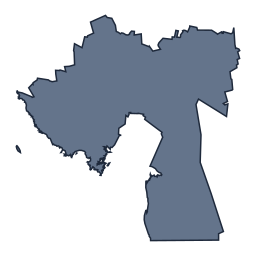 Guaymas, Sonora, Mexico (Natural Earth projection)
{"feature_id": "50627088B1209754794586", "entity_name": "Guaymas", "entity_type": "district", "adm_level": 2, "iso_a3": "MEX", "parent_name": "Mexico", "parent_adm1": "Sonora", "projection": "natural_earth1", "projection_center": [-110.918, 28.074], "detail": "fine", "context": "isolated", "style": "filled", "palette": "slate", "viewbox_px": 256, "rotation_deg": 0, "n_neighbors": 0, "source": "geoboundaries", "source_scale": "gbopen_adm2", "svg_char_len": 5785}
<svg xmlns="http://www.w3.org/2000/svg" viewBox="0 0 256 256"><path d="M226.5,116.5L227.9,103.9L224.8,104.9L223.3,103.5L227.5,101.5L224.8,92.0L232.1,90.1L232.7,89.5L231.8,79.4L230.9,78.8L230.0,71.7L236.9,67.7L236.5,65.0L238.1,64.0L237.2,59.5L239.6,58.5L237.7,51.9L239.7,50.6L238.9,49.1L236.5,48.1L235.7,48.4L234.9,44.5L233.8,27.6L232.7,32.8L231.0,33.8L223.5,31.7L223.2,33.3L222.1,33.3L222.1,32.0L221.7,31.8L217.4,34.2L217.0,33.6L211.6,30.2L197.5,30.1L196.8,27.5L189.8,26.0L189.7,27.2L187.6,31.9L185.7,30.6L183.9,30.2L182.6,30.7L183.0,31.7L180.6,34.8L180.5,37.0L180.0,37.5L176.8,37.1L178.3,30.9L175.9,30.4L174.5,37.1L172.2,36.9L172.0,39.3L163.0,38.3L159.0,42.7L158.1,44.7L158.2,45.8L160.5,49.3L152.8,51.1L149.3,46.2L149.1,46.7L141.8,43.9L141.2,33.9L134.2,35.0L134.4,31.4L131.5,31.1L129.5,33.5L129.5,34.3L128.0,35.0L125.9,34.8L123.4,33.3L121.6,32.9L120.3,33.8L118.5,32.4L116.3,31.5L115.4,25.3L111.8,18.3L107.2,17.5L105.5,15.4L90.5,22.1L93.6,33.1L87.6,35.8L87.4,37.1L84.7,36.8L82.0,47.7L74.5,43.7L73.6,50.6L74.1,51.9L74.6,64.8L69.3,66.3L64.6,66.6L65.8,71.7L60.0,70.0L59.6,70.5L55.6,70.3L55.8,74.1L56.8,80.9L52.2,81.7L49.7,80.9L48.4,79.9L37.5,78.2L37.1,80.0L33.1,82.7L33.0,84.4L32.5,83.9L28.7,87.8L34.0,96.8L32.3,97.4L32.2,97.0L22.2,92.9L17.8,92.0L17.4,91.0L16.9,91.2L17.2,91.6L16.9,92.6L17.8,93.7L18.5,93.5L19.1,94.5L19.0,95.4L19.5,95.7L19.2,96.6L18.5,96.9L18.9,97.3L18.4,97.9L19.1,98.1L18.8,98.7L19.3,99.0L20.3,98.4L21.9,98.6L22.8,100.0L23.5,99.9L24.3,100.6L24.9,101.6L24.6,102.2L25.6,102.6L26.4,105.1L26.0,108.0L26.6,110.9L28.2,111.6L28.4,112.6L29.3,112.9L29.7,113.4L29.1,113.7L29.2,114.5L30.1,114.6L30.6,115.3L31.4,115.4L31.4,116.4L32.1,115.7L31.9,116.3L32.7,116.5L32.5,117.9L33.4,118.7L33.4,119.8L34.2,119.9L33.7,121.6L34.5,121.9L34.2,123.1L34.9,124.1L34.7,124.8L36.1,124.7L36.2,125.2L35.4,125.8L36.0,126.1L35.4,126.6L37.2,127.2L37.4,127.9L38.9,128.9L38.5,129.9L39.2,129.6L39.2,130.0L39.6,130.1L39.8,130.9L39.1,131.6L39.1,132.0L39.9,132.3L40.4,131.9L40.4,131.1L41.2,131.2L42.0,132.1L41.3,132.8L42.3,133.3L43.1,132.9L46.3,134.4L47.2,135.7L47.2,136.5L48.8,138.3L49.8,138.3L50.3,138.7L52.7,144.6L53.6,144.1L54.1,144.9L56.6,145.6L56.9,146.2L58.6,145.9L59.4,146.6L59.3,147.4L59.8,148.0L60.7,147.1L62.0,147.9L62.6,149.6L62.2,150.8L63.0,149.8L65.1,150.8L66.0,153.6L65.7,154.1L64.3,154.1L64.8,154.6L64.2,155.7L65.7,155.9L66.3,154.8L66.9,155.1L66.7,155.6L67.6,155.2L68.8,155.8L69.8,155.0L70.4,155.6L70.7,154.9L71.4,157.5L71.7,157.5L71.6,156.6L72.1,156.5L72.5,154.7L73.2,154.5L73.6,154.9L73.2,154.1L73.3,153.1L74.6,152.8L75.0,151.6L79.2,150.3L81.6,150.4L84.4,151.3L85.5,152.4L85.1,153.8L86.3,155.7L86.6,157.4L87.9,158.1L89.9,157.5L89.7,158.0L90.1,157.8L90.6,158.8L90.5,160.8L88.3,162.2L87.7,161.7L87.3,162.0L88.0,162.2L88.1,164.3L89.1,165.2L89.8,164.9L90.2,165.3L89.8,166.2L90.3,167.3L90.0,169.5L90.5,169.9L91.3,169.4L92.9,166.8L94.3,168.0L93.9,169.0L94.1,169.6L95.2,169.9L95.8,169.2L96.9,170.2L97.4,169.6L97.9,169.8L97.4,171.1L97.9,172.0L99.4,172.0L100.4,173.4L100.5,174.6L100.1,175.3L101.1,175.4L101.1,173.7L102.4,172.9L102.6,170.9L101.7,171.0L101.6,170.4L102.7,169.7L103.3,170.1L103.6,168.7L103.3,168.1L104.4,167.6L103.6,167.2L104.5,166.9L104.4,166.2L103.6,166.8L103.2,166.5L103.7,165.4L105.3,164.0L103.9,164.1L105.8,163.2L104.2,162.5L101.0,163.9L100.7,163.4L100.9,162.7L101.8,162.8L101.4,162.3L100.9,162.7L100.8,162.0L100.5,162.8L99.6,162.8L100.2,163.4L99.4,163.8L99.1,164.4L98.6,164.3L98.9,163.8L98.5,163.8L97.2,164.9L97.2,163.6L98.7,162.5L98.2,161.6L99.4,161.8L100.1,160.4L100.0,159.0L100.7,158.4L101.1,158.6L101.1,158.3L101.2,158.1L101.2,159.1L101.8,158.2L102.3,158.2L102.4,159.1L102.8,158.8L102.9,159.3L102.8,160.0L104.1,160.0L103.7,157.8L104.6,158.0L104.5,159.2L104.9,158.9L104.6,158.0L105.0,158.2L105.0,157.6L104.6,157.9L105.3,156.1L104.9,155.8L106.4,155.8L105.0,155.5L106.3,154.7L105.8,154.5L106.2,153.6L107.6,152.5L110.5,152.2L110.2,151.8L108.2,152.1L107.6,152.4L107.0,150.7L105.8,151.3L105.3,149.8L103.5,149.2L105.4,149.6L105.8,150.1L106.1,149.7L104.8,148.9L105.4,148.7L105.2,148.4L103.9,148.3L105.6,148.1L104.7,147.4L105.3,147.2L104.9,147.0L104.4,146.9L104.1,146.7L104.8,146.7L106.4,147.5L107.0,146.0L110.2,149.3L110.3,147.8L110.7,147.2L112.0,147.5L114.6,144.8L119.4,135.4L121.2,135.4L118.5,134.2L118.8,128.3L125.1,124.0L125.9,115.4L127.9,116.9L129.0,114.5L129.1,112.6L130.7,112.5L130.7,113.4L138.1,113.6L138.2,113.3L143.6,114.3L143.1,115.6L145.5,117.2L144.7,119.3L162.0,132.3L161.3,133.8L162.7,137.2L150.0,166.2L152.2,166.7L155.4,168.6L157.2,171.1L159.3,172.6L160.7,172.9L161.8,174.8L161.3,175.4L160.9,175.0L159.3,175.6L157.8,174.8L157.1,175.4L157.5,176.2L157.1,176.9L156.8,176.3L154.6,176.4L154.1,175.1L151.6,176.5L151.5,175.4L150.5,174.8L150.3,174.1L150.1,174.9L150.9,176.3L151.4,176.5L150.9,176.4L150.7,177.0L151.4,177.1L150.3,177.3L150.3,178.5L149.6,178.6L149.0,179.8L149.6,179.8L149.5,180.2L148.8,180.0L148.6,180.4L149.1,180.6L148.3,180.5L147.7,181.1L147.8,181.6L146.2,184.2L145.9,183.3L146.5,180.5L145.9,181.5L145.8,187.6L146.8,192.2L147.3,197.6L147.9,198.2L147.9,201.0L148.4,203.5L147.2,211.2L147.4,211.6L146.8,212.9L146.5,211.3L147.0,210.2L145.8,210.5L144.4,215.5L144.2,219.7L144.9,223.5L148.5,234.2L149.1,234.8L149.2,236.3L150.5,238.1L150.6,240.6L218.6,240.1L218.6,233.7L223.4,231.5L211.1,193.5L200.2,162.4L201.0,134.8L196.0,104.5L198.5,99.1L226.5,116.5ZM107.6,152.5L110.1,151.9L110.5,152.1L107.6,152.5ZM19.2,148.8L17.6,146.4L16.9,145.7L16.6,145.9L16.3,146.6L16.8,148.7L18.0,150.9L20.4,152.5L20.1,150.7L19.2,148.8ZM109.6,163.0L108.6,163.3L107.5,165.5L107.0,164.9L107.3,165.7L108.2,165.6L109.6,163.0ZM103.2,160.6L102.6,160.8L102.6,161.8L103.5,161.2L103.2,160.6ZM61.5,152.4L61.8,151.4L61.8,151.1L60.9,152.5L61.5,152.4ZM104.5,168.3L105.2,167.0L104.1,168.3L104.5,168.3ZM76.9,153.3L76.8,152.4L76.4,153.6L76.9,153.3Z" fill="#64748b" stroke="#1e293b" stroke-width="1.5"/></svg>